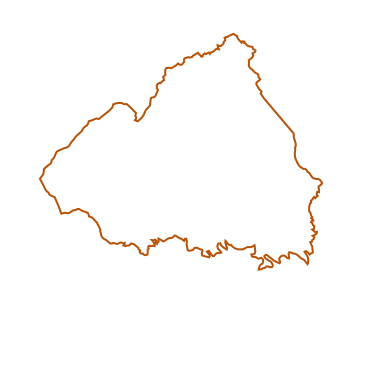 Planalto da Serra, Mato Grosso, Brazil, rotated 150°
{"feature_id": "56859067B32925351179449", "entity_name": "Planalto da Serra", "entity_type": "district", "adm_level": 2, "iso_a3": "BRA", "parent_name": "Brazil", "parent_adm1": "Mato Grosso", "projection": "robinson", "projection_center": [-54.674, -14.541], "detail": "fine", "context": "isolated", "style": "outline", "palette": "amber", "viewbox_px": 384, "rotation_deg": 150, "n_neighbors": 0, "source": "geoboundaries", "source_scale": "gbopen_adm2", "svg_char_len": 5984}
<svg xmlns="http://www.w3.org/2000/svg" viewBox="0 0 384 384"><g transform="rotate(150 192 192)"><path d="M237.9,303.4L239.9,303.8L241.9,303.9L245.9,304.9L248.5,302.7L249.9,302.1L251.4,302.2L252.7,301.9L254.2,301.6L257.0,299.8L259.3,299.3L262.0,298.9L265.7,297.8L267.5,296.8L271.5,295.5L273.4,294.5L275.6,293.3L277.9,293.2L279.7,293.5L280.9,293.9L284.3,294.2L287.5,294.6L289.0,294.5L290.8,293.4L292.4,292.1L294.7,290.5L297.4,289.8L298.7,288.3L299.8,287.5L301.1,287.2L303.9,286.9L308.7,286.0L311.0,282.6L312.8,281.4L317.1,279.5L317.3,271.8L317.7,268.4L317.6,266.3L317.2,264.8L316.6,263.3L316.8,261.5L316.2,259.9L315.3,258.5L313.5,256.3L314.6,246.8L316.0,238.6L314.8,238.2L312.6,237.7L310.6,236.0L309.4,235.4L308.2,235.3L304.1,235.5L301.3,234.4L299.8,234.6L298.4,233.8L296.1,230.0L295.3,229.0L294.1,228.2L293.6,227.0L292.7,226.0L292.8,224.2L293.4,222.5L292.4,221.0L291.3,219.9L290.7,217.9L290.3,215.4L289.6,213.1L289.9,211.1L289.8,208.8L290.1,207.1L290.2,205.2L291.2,203.8L291.4,202.0L292.3,199.9L292.4,197.5L291.5,195.0L290.4,193.5L288.7,188.6L287.2,187.4L285.9,187.4L284.4,186.1L283.2,184.6L281.4,184.3L279.4,184.1L278.3,183.3L277.0,181.7L275.8,181.5L276.8,180.1L278.0,179.9L276.7,178.4L275.1,178.1L273.3,177.1L272.2,177.4L270.5,177.9L268.2,175.6L267.7,173.9L266.6,170.9L266.8,168.8L266.0,167.3L267.3,166.2L266.9,164.1L265.4,163.4L264.9,161.5L264.0,160.6L261.9,160.1L260.4,162.0L259.4,164.1L257.8,164.6L257.4,166.5L255.7,166.7L254.8,165.7L252.6,164.9L251.5,163.8L250.5,165.4L250.3,168.0L250.8,170.4L249.3,169.3L247.8,169.2L247.2,167.8L248.2,166.8L249.0,165.7L248.4,164.6L247.2,165.7L246.1,165.4L245.2,166.6L244.3,168.4L243.2,166.6L242.4,165.5L242.1,164.1L241.0,163.4L235.8,163.6L234.1,163.2L232.4,162.3L230.5,162.5L228.8,163.0L227.8,162.1L227.3,160.8L226.4,159.0L225.6,157.7L224.4,156.8L224.0,155.1L223.2,153.6L221.5,155.0L220.4,154.5L220.8,152.7L221.5,151.2L222.9,149.4L223.8,146.3L224.5,144.7L224.7,143.3L223.4,142.3L220.3,141.3L217.9,142.3L215.6,141.3L213.6,138.3L212.2,137.2L212.2,135.8L214.3,133.9L214.9,132.4L214.3,131.2L209.9,126.9L208.7,127.5L208.3,128.8L208.9,132.9L206.8,132.7L206.5,128.7L206.0,126.2L204.9,125.5L203.0,126.4L201.5,126.6L199.9,126.4L198.3,125.1L196.9,125.0L197.2,127.7L197.7,129.2L197.7,130.7L197.3,132.0L196.5,133.2L195.1,134.1L193.2,133.6L193.4,131.0L192.9,129.3L191.8,126.9L190.7,124.8L189.4,126.3L189.3,128.2L188.9,129.4L188.4,131.7L187.5,132.9L186.8,129.1L186.2,127.7L184.5,126.4L184.4,125.0L183.2,122.1L181.6,120.2L179.9,118.7L177.3,117.3L175.6,116.7L172.5,116.7L171.3,116.5L168.7,114.9L167.3,114.6L164.5,114.6L166.7,109.3L167.4,108.2L168.4,107.3L170.3,107.4L171.7,108.3L172.3,106.4L171.5,105.2L169.5,104.0L167.7,100.9L164.9,100.4L164.2,98.3L165.0,96.4L166.6,94.9L168.8,94.7L170.1,94.2L171.2,93.4L173.1,91.6L170.4,90.4L168.8,90.5L167.2,89.9L164.4,90.2L163.3,89.3L161.8,87.7L160.0,87.0L158.7,87.9L158.3,90.1L158.8,92.6L160.5,95.5L161.6,98.0L161.5,100.3L159.4,100.7L158.3,99.3L157.6,97.2L156.3,94.3L155.7,92.4L155.0,90.9L153.5,88.7L151.8,86.6L150.6,87.1L150.3,89.6L149.6,90.9L147.1,91.8L145.1,91.6L143.9,90.8L143.2,89.5L142.6,87.3L141.1,86.0L140.0,88.3L139.4,89.9L138.4,91.1L137.2,90.8L135.1,88.3L133.4,86.7L132.4,85.2L131.7,83.4L131.1,80.9L130.2,79.2L129.3,78.1L128.8,76.8L128.0,71.8L126.8,72.6L125.7,74.3L124.3,77.3L124.2,80.1L124.4,84.0L122.7,83.8L121.8,81.9L121.4,79.0L119.5,79.3L117.8,79.1L117.0,80.2L116.4,82.1L115.2,84.4L114.7,89.5L112.9,89.1L112.1,90.2L110.1,90.5L108.7,91.6L109.4,93.8L107.4,93.4L104.8,93.8L103.8,95.1L105.3,95.6L106.7,99.3L104.8,98.9L104.0,100.4L103.1,101.3L103.8,103.0L103.3,105.0L104.1,106.3L102.4,107.2L101.2,106.6L101.0,108.1L101.8,109.7L100.4,110.2L100.7,111.9L99.8,114.7L100.2,116.2L99.7,117.8L98.7,119.2L98.0,120.5L95.4,123.0L94.1,123.2L93.6,124.8L91.3,125.5L90.2,126.1L88.7,126.7L88.4,125.0L86.4,125.6L85.0,125.9L85.5,127.2L83.5,129.5L82.1,128.4L80.4,131.5L80.2,132.9L78.8,133.7L77.3,133.6L74.9,134.5L74.9,136.5L75.2,138.4L76.1,140.3L77.9,141.0L79.0,142.2L80.5,144.2L80.7,146.8L80.8,150.0L81.8,151.5L81.8,153.8L82.6,155.6L84.2,156.4L84.6,157.7L85.7,159.8L86.1,162.3L86.2,164.3L85.9,166.7L85.8,169.0L84.4,172.7L83.7,174.0L82.4,175.8L81.4,177.0L80.7,178.7L79.2,180.0L78.1,181.7L77.5,184.0L77.0,186.6L76.1,189.4L74.8,191.5L74.9,192.9L82.8,236.9L83.3,242.9L81.5,244.3L82.4,247.9L82.5,252.3L82.0,254.1L79.9,254.9L77.9,255.0L76.5,255.6L76.9,257.4L76.8,259.1L75.8,260.3L76.6,262.0L77.8,264.2L78.6,267.6L79.5,269.6L79.8,272.6L77.5,276.5L77.0,277.7L75.7,277.8L74.0,278.2L72.5,278.4L70.6,279.6L70.4,281.7L67.3,281.8L66.3,282.7L66.7,283.9L67.6,285.5L67.1,287.5L68.6,288.6L70.0,289.9L71.1,291.5L71.4,293.9L72.3,294.9L71.4,296.1L73.1,297.3L74.4,296.4L75.3,300.4L75.6,302.9L74.9,304.6L76.0,305.9L76.9,308.1L80.3,308.6L82.3,308.7L84.0,308.6L85.1,309.2L86.8,309.2L86.8,307.7L87.7,306.6L89.6,306.0L90.6,304.7L93.4,304.1L94.6,304.1L95.6,305.4L96.5,306.3L97.1,304.5L97.4,302.2L98.8,303.5L100.3,303.7L102.0,303.2L104.1,303.0L106.1,303.3L107.4,302.6L107.5,304.3L109.1,304.5L111.1,304.4L111.8,305.7L113.7,305.3L115.4,304.0L116.3,304.8L116.4,306.5L117.1,307.7L117.1,309.5L118.6,309.6L120.5,309.5L123.1,309.6L124.2,308.9L126.9,309.5L127.7,310.6L131.7,311.5L132.8,310.6L133.6,308.6L135.3,308.2L136.7,307.4L137.9,307.7L139.2,308.7L139.7,310.2L141.3,310.0L142.6,309.6L148.0,309.5L149.4,310.9L151.0,311.5L152.0,312.2L153.5,311.6L154.4,310.6L155.5,309.0L156.3,306.9L158.0,306.3L159.5,306.1L160.2,302.8L162.1,302.8L163.2,302.5L164.7,302.0L166.0,302.9L167.9,302.6L169.2,302.0L169.8,300.6L170.6,299.6L170.4,297.4L171.7,296.4L173.0,295.5L175.5,293.5L177.2,293.1L178.8,293.6L180.7,293.9L185.1,288.0L186.6,287.4L189.2,286.6L190.7,286.3L196.1,282.4L200.0,281.0L203.8,280.4L205.5,282.7L204.1,283.4L203.0,284.4L203.0,286.1L202.3,287.4L201.0,288.1L201.4,290.1L202.0,291.5L202.1,293.0L202.7,294.8L203.3,297.1L204.0,299.2L204.7,300.9L206.2,301.6L207.2,302.4L208.2,304.0L209.7,305.1L210.8,305.7L212.1,306.1L213.4,306.9L215.1,306.9L216.2,307.3L217.5,306.3L218.6,305.1L222.4,303.9L236.4,301.8L237.9,303.4Z" fill="none" stroke="#b45309" stroke-width="2"/></g></svg>